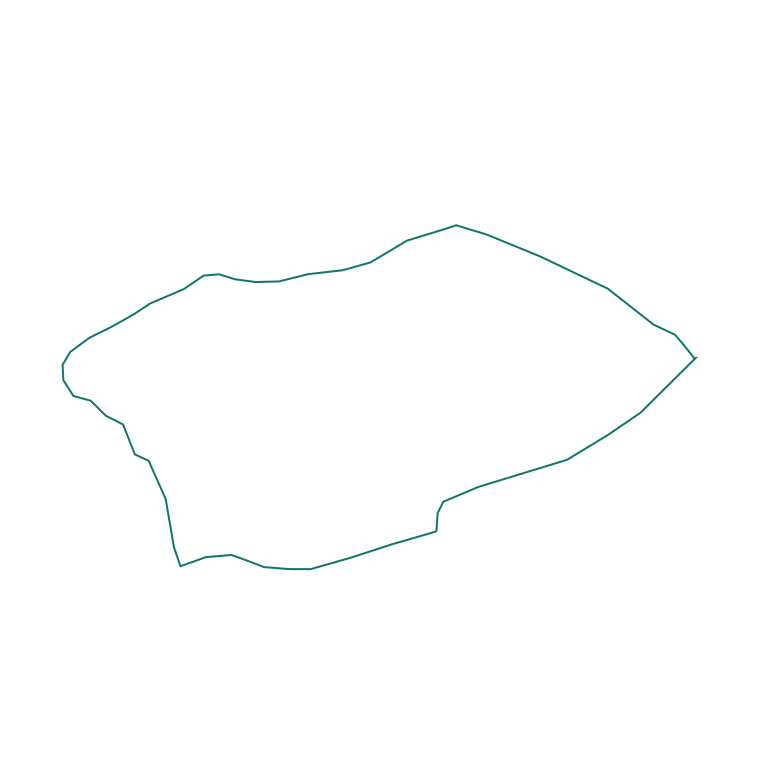 Ockelbo, Gävleborg, Sweden (Robinson projection), rotated 163°
{"feature_id": "70781695B90060355953602", "entity_name": "Ockelbo", "entity_type": "district", "adm_level": 2, "iso_a3": "SWE", "parent_name": "Sweden", "parent_adm1": "Gävleborg", "projection": "robinson", "projection_center": [16.627, 60.941], "detail": "fine", "context": "isolated", "style": "outline", "palette": "teal", "viewbox_px": 768, "rotation_deg": 163, "n_neighbors": 0, "source": "geoboundaries", "source_scale": "gbopen_adm2", "svg_char_len": 821}
<svg xmlns="http://www.w3.org/2000/svg" viewBox="0 0 768 768"><g transform="rotate(163 384 384)"><path d="M78.5,317.7L79.7,317.9L85.5,332.6L91.3,346.0L108.9,362.0L142.1,409.7L197.0,460.0L242.1,496.9L268.6,514.7L281.0,514.4L320.0,514.4L361.5,504.2L390.4,504.9L424.3,511.2L454.5,512.8L477.1,519.1L496.0,527.8L509.9,537.2L524.9,540.4L547.6,533.3L584.0,529.4L598.9,525.0L602.9,523.8L628.0,518.3L651.9,514.4L674.5,506.5L685.8,496.3L689.5,481.3L684.5,463.3L669.4,453.8L659.3,435.0L645.4,421.6L642.8,389.5L631.5,379.3L626.4,337.8L632.6,289.3L631.9,269.2L605.0,270.5L579.9,265.1L567.3,255.7L552.3,244.0L528.4,234.6L508.4,228.4L467.0,227.6L423.1,228.4L378.0,227.7L376.7,228.4L370.5,244.8L361.7,254.1L324.0,258.0L273.9,258.0L231.2,258.0L184.8,269.8L147.2,281.5L78.5,317.7Z" fill="none" stroke="#0f766e" stroke-width="2"/></g></svg>